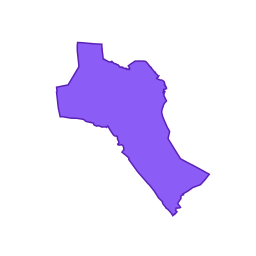 outline of Gradinari, Caras-Severin, Romania, rotated 159°
{"feature_id": "2599482B46425260952488", "entity_name": "Gradinari", "entity_type": "district", "adm_level": 2, "iso_a3": "ROU", "parent_name": "Romania", "parent_adm1": "Caras-Severin", "projection": "mercator", "projection_center": [21.573, 45.115], "detail": "fine", "context": "isolated", "style": "filled", "palette": "violet", "viewbox_px": 256, "rotation_deg": 159, "n_neighbors": 0, "source": "geoboundaries", "source_scale": "gbopen_adm2", "svg_char_len": 5048}
<svg xmlns="http://www.w3.org/2000/svg" viewBox="0 0 256 256"><g transform="rotate(159 128 128)"><path d="M187.3,162.8L186.7,162.5L185.8,162.3L185.0,162.0L183.2,160.9L181.4,159.8L179.5,158.7L177.6,157.6L177.4,157.5L172.3,155.4L167.6,152.7L167.2,152.4L166.8,152.1L166.4,151.7L166.0,151.3L165.7,150.8L165.4,150.3L165.2,149.8L165.0,149.3L158.6,145.0L158.6,143.1L157.8,142.1L156.2,140.8L155.0,141.0L152.0,138.2L150.9,137.9L149.7,137.5L148.6,137.0L147.5,136.5L147.5,136.4L146.2,137.1L145.0,130.5L144.1,126.8L143.4,125.5L141.0,124.1L141.3,122.9L141.7,122.0L141.7,121.5L141.6,118.0L142.5,116.8L143.4,116.7L143.4,116.1L142.6,115.3L141.7,115.0L141.1,114.9L140.2,114.8L139.2,113.7L139.0,112.2L139.2,110.6L139.5,109.3L141.6,108.1L142.3,107.5L139.3,102.5L137.8,99.2L138.6,98.4L134.6,83.5L129.1,68.5L128.7,67.9L128.0,65.9L126.1,59.7L124.5,51.7L122.2,46.8L122.4,46.7L122.6,45.8L122.4,43.8L121.9,42.6L121.5,41.4L121.1,39.4L119.8,37.6L119.6,37.0L119.2,36.0L118.7,34.6L118.1,32.8L117.6,30.1L115.7,31.0L115.5,30.6L112.3,32.2L112.5,32.9L113.0,33.5L113.1,33.8L111.8,36.0L109.8,35.3L108.3,34.9L107.4,35.1L108.6,39.6L108.0,40.3L103.6,43.4L103.5,45.0L101.7,46.0L100.6,45.8L100.1,45.8L100.4,46.8L94.4,47.7L88.9,49.2L80.7,49.1L75.0,51.9L68.7,55.7L80.1,69.1L84.4,73.9L86.2,76.0L90.0,80.4L92.4,92.7L93.1,96.6L94.4,103.4L94.4,103.6L94.3,103.9L91.0,108.9L90.5,109.7L90.4,109.8L90.5,110.3L90.6,111.6L90.8,112.8L91.1,114.8L91.5,123.1L91.5,126.4L91.0,130.5L90.1,132.3L88.5,134.4L87.8,135.1L86.6,136.8L86.4,137.0L86.1,137.2L84.8,138.2L84.2,138.5L82.7,139.3L82.5,139.6L82.4,139.6L82.4,139.9L82.4,140.2L82.9,145.3L82.6,145.8L82.4,146.2L82.4,146.5L82.2,146.8L82.3,147.0L82.4,147.3L81.8,147.5L81.8,147.8L82.2,148.2L82.3,148.3L82.5,148.6L82.5,148.8L82.4,148.9L82.0,148.9L81.5,149.0L81.4,148.9L80.9,148.5L80.9,148.4L80.7,148.4L80.6,148.5L80.5,148.8L80.6,149.0L81.2,149.6L81.4,149.8L81.4,150.0L81.1,150.7L80.9,151.1L80.8,151.3L80.7,151.3L80.3,151.1L80.0,150.8L79.9,150.7L79.1,151.0L78.7,151.1L78.2,151.1L77.9,151.0L77.8,151.5L77.7,151.8L77.7,152.0L77.7,152.3L77.8,152.4L77.8,152.5L77.8,152.8L77.8,153.1L78.0,153.3L78.2,153.6L77.9,153.9L77.9,154.1L78.0,154.3L78.0,154.5L78.4,155.0L78.5,155.4L78.1,155.5L77.9,155.7L77.8,155.9L77.8,156.5L77.8,156.9L77.7,158.3L77.7,158.5L78.0,158.9L78.7,159.9L79.1,160.5L79.4,160.7L79.5,160.8L80.1,161.0L80.4,161.0L80.7,161.3L81.2,161.6L81.3,161.7L81.4,161.8L81.5,162.2L81.6,162.3L82.2,162.6L82.4,162.7L82.7,163.0L83.2,163.6L83.3,163.8L83.4,164.0L83.4,164.3L83.1,164.4L82.6,164.5L82.0,164.6L81.6,164.7L81.3,164.9L81.1,165.1L80.9,165.4L80.7,165.6L81.3,165.7L81.4,166.2L81.5,166.8L81.6,167.0L81.8,167.4L82.0,167.9L82.3,168.4L82.4,168.5L82.4,168.8L82.5,168.9L82.6,169.2L82.5,169.5L82.5,170.1L82.6,170.3L82.9,170.4L83.0,170.4L83.0,170.5L82.9,170.7L82.9,170.8L83.0,170.9L83.2,171.1L83.3,171.2L83.5,171.6L83.5,171.9L84.6,175.2L84.6,175.5L84.6,175.9L84.7,176.2L84.8,176.3L85.0,176.3L85.0,176.8L85.2,177.2L85.3,177.2L85.3,177.3L85.4,177.6L85.5,177.9L86.0,179.1L86.1,179.7L86.8,181.7L87.1,182.6L87.2,183.0L87.4,183.3L87.7,183.8L88.1,184.1L88.9,184.6L90.0,185.1L90.3,185.3L90.5,185.3L91.5,185.6L92.0,185.8L92.4,186.1L92.8,186.2L93.9,186.7L94.5,186.9L95.0,186.9L95.4,187.0L95.9,187.3L96.5,187.6L97.4,187.9L97.8,187.8L102.4,186.8L103.8,186.4L104.9,186.1L105.5,185.9L105.3,184.9L105.2,184.6L105.1,184.4L105.1,184.2L105.0,183.8L105.1,183.7L105.2,183.0L105.3,182.6L105.3,182.4L105.7,182.0L105.9,182.1L106.0,182.1L106.2,182.6L106.3,182.9L106.5,183.0L106.9,182.9L107.3,182.9L107.6,182.9L107.7,183.0L107.8,183.1L107.7,183.2L107.6,183.4L107.6,183.5L107.8,183.8L108.0,183.7L108.6,183.9L108.6,184.1L108.4,184.4L108.4,184.5L108.5,184.6L108.9,184.6L109.4,184.6L109.5,184.6L109.7,184.9L109.8,185.0L110.5,185.3L110.9,185.6L111.0,185.8L111.1,186.0L111.0,186.4L111.0,186.6L111.5,186.8L112.0,186.7L112.1,186.8L112.1,187.0L112.4,187.4L112.6,187.5L112.8,187.5L112.9,187.3L113.0,187.3L113.6,187.6L113.9,188.1L114.0,188.2L113.9,188.4L113.9,188.6L114.0,189.0L114.4,189.7L114.6,190.1L114.6,190.3L114.6,190.5L114.8,190.8L115.1,191.0L115.4,191.0L115.7,191.2L115.9,191.4L116.1,191.9L116.4,192.3L116.5,192.3L117.0,192.6L117.4,192.9L117.7,193.1L118.0,193.5L118.2,193.8L118.3,194.2L118.3,194.3L118.6,194.7L118.7,194.8L118.9,195.0L119.1,195.0L119.4,195.0L119.5,195.1L119.5,195.3L119.1,195.8L119.1,196.0L119.3,196.1L119.9,195.8L120.1,195.7L120.3,195.8L120.8,196.1L121.5,196.2L122.0,196.5L122.4,196.9L122.8,197.4L123.0,197.6L123.3,198.0L123.5,198.2L123.6,198.3L123.7,198.5L123.8,198.6L124.1,198.7L124.2,198.9L124.3,199.0L124.5,199.3L124.9,199.5L125.0,200.3L125.1,200.5L125.3,200.5L125.5,200.5L125.9,200.6L126.1,200.8L126.4,201.3L126.2,202.3L125.6,204.2L125.5,204.8L125.0,206.7L124.9,207.1L124.8,207.6L124.7,208.0L124.6,208.6L124.5,209.1L124.4,209.3L124.3,209.5L124.2,209.8L124.1,210.3L124.1,210.7L123.9,210.9L123.8,211.2L123.4,212.6L123.3,213.1L123.1,213.8L122.7,215.0L122.4,215.6L128.3,218.2L141.0,224.4L144.4,225.9L146.0,222.8L147.6,218.5L151.4,204.3L152.0,202.7L168.5,189.7L180.1,191.7L181.2,187.4L181.8,187.3L185.9,171.6L187.3,162.8Z" fill="#8b5cf6" stroke="#5b21b6" stroke-width="1.5"/></g></svg>